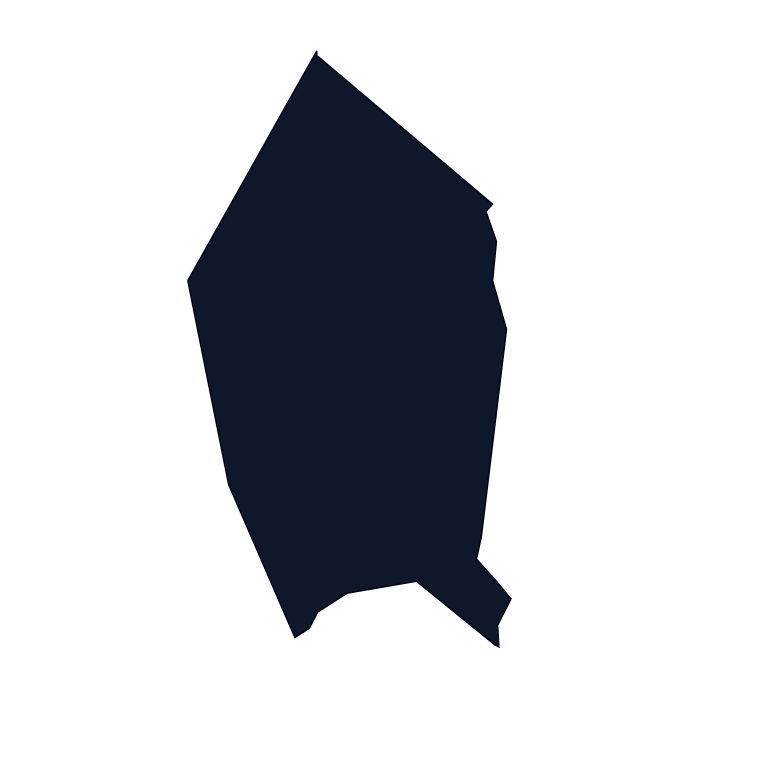 La Dauphine Estate, Soufrière, Saint Lucia (Natural Earth projection), rotated 297°
{"feature_id": "8701671B47910558118739", "entity_name": "La Dauphine Estate", "entity_type": "district", "adm_level": 2, "iso_a3": "LCA", "parent_name": "Saint Lucia", "parent_adm1": "Soufrière", "projection": "natural_earth1", "projection_center": [-61.043, 13.822], "detail": "fine", "context": "isolated", "style": "filled", "palette": "ink", "viewbox_px": 768, "rotation_deg": 297, "n_neighbors": 0, "source": "geoboundaries", "source_scale": "gbopen_adm2", "svg_char_len": 459}
<svg xmlns="http://www.w3.org/2000/svg" viewBox="0 0 768 768"><g transform="rotate(297 384 384)"><path d="M593.5,399.1L646.2,174.9L650.3,172.9L393.5,162.5L387.0,162.3L223.8,291.3L117.7,419.7L132.6,428.4L150.7,428.4L180.8,446.0L223.0,502.4L201.9,601.1L201.9,605.7L220.8,594.7L250.2,594.7L260.1,571.7L269.9,545.9L292.0,540.1L488.4,468.3L525.2,433.9L562.0,419.5L584.1,396.5L590.3,398.2L593.5,399.1Z" fill="#0f172a" stroke="#020617" stroke-width="1.5"/></g></svg>